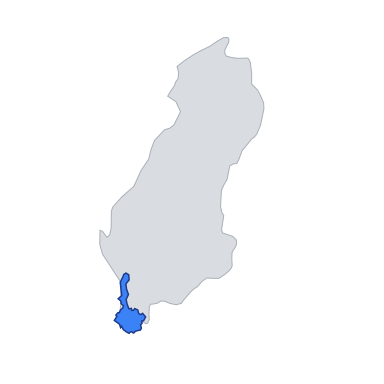 Sarandë, Vlorë, Albania (highlighted), rotated 26°
{"feature_id": "67620474B70468291702657", "entity_name": "Sarandë", "entity_type": "district", "adm_level": 2, "iso_a3": "ALB", "parent_name": "Albania", "parent_adm1": "Vlorë", "projection": "equal_earth", "projection_center": [20.101, 39.891], "detail": "fine", "context": "in_parent", "style": "filled", "palette": "blue", "viewbox_px": 384, "rotation_deg": 26, "n_neighbors": 0, "source": "geoboundaries", "source_scale": "gbopen_adm2", "svg_char_len": 2186}
<svg xmlns="http://www.w3.org/2000/svg" viewBox="0 0 384 384"><g transform="rotate(26 192 192)"><path d="M128.2,116.6L128.5,111.5L129.7,103.5L129.0,100.8L129.8,96.2L127.4,90.1L123.5,85.7L127.3,77.9L132.8,68.5L138.0,61.0L144.2,53.2L148.3,45.8L152.7,39.4L156.5,37.4L158.4,38.8L159.4,41.6L159.2,49.9L160.5,52.7L163.1,54.8L168.6,53.8L174.8,51.7L183.1,47.3L184.5,47.6L187.6,49.9L194.0,59.9L198.2,68.8L206.6,71.8L211.3,75.3L217.3,80.5L220.2,85.8L224.3,101.9L224.8,111.7L223.7,116.1L222.6,117.3L218.9,133.2L219.8,141.3L219.8,146.7L216.6,148.8L214.5,152.1L218.0,165.4L217.6,171.1L217.7,177.6L224.0,192.5L227.6,197.1L230.9,199.3L235.1,213.0L237.6,215.4L247.7,214.0L252.7,215.6L254.7,218.8L255.1,221.1L254.5,228.7L257.1,234.7L260.5,240.8L260.5,244.5L258.2,250.6L254.2,257.7L248.8,260.4L242.9,262.8L240.0,268.3L238.6,274.2L236.0,278.6L234.3,283.3L231.8,293.1L231.3,296.7L227.2,300.3L221.0,301.8L215.4,302.1L211.6,303.7L209.7,307.1L206.1,309.8L204.0,311.0L204.0,314.0L206.6,320.2L209.5,325.3L209.6,329.4L208.2,330.5L203.6,330.0L202.6,331.5L202.1,336.0L200.9,339.9L199.0,342.3L195.7,344.8L189.7,344.0L184.1,340.1L181.2,338.9L179.5,339.0L179.0,329.5L176.6,322.1L167.7,304.4L138.8,287.1L132.0,279.4L129.0,272.9L126.1,266.7L128.9,266.6L131.7,268.1L135.4,270.0L136.8,266.9L135.3,260.2L127.9,244.5L127.4,240.2L131.1,227.1L137.2,212.5L136.8,194.7L138.7,181.3L136.7,172.7L135.7,162.0L140.2,147.9L144.0,144.4L146.3,139.9L146.5,124.9L138.0,117.9L128.2,116.6Z" fill="#d9dde1" stroke="#a8b0b8" stroke-width="1"/><path d="M200.8,322.7L199.8,324.6L197.4,324.6L195.0,321.8L191.6,321.9L191.3,324.0L189.8,324.8L188.5,323.2L187.4,324.1L186.4,324.6L182.7,321.1L179.9,317.4L179.8,312.0L175.6,307.8L172.9,303.5L174.0,298.6L171.4,294.1L168.2,293.8L166.8,296.1L167.1,297.9L167.1,304.6L174.2,315.9L172.4,320.3L175.8,321.2L177.2,323.4L180.3,324.3L180.5,326.9L179.5,329.2L179.6,332.3L178.3,333.0L177.5,336.0L179.0,336.7L178.5,341.5L184.8,342.6L187.3,345.2L187.6,343.5L190.6,345.8L194.3,346.5L197.4,346.6L197.8,345.0L199.2,344.0L201.0,344.5L201.8,343.7L202.0,342.0L206.2,338.6L206.2,336.6L204.0,334.0L204.7,332.0L203.4,329.9L204.9,329.0L205.1,324.6L200.8,322.7Z" fill="#3b82f6" stroke="#1e3a8a" stroke-width="1.5"/></g></svg>